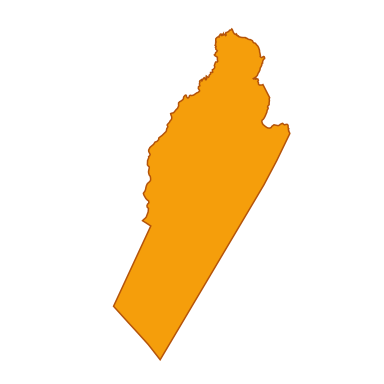 the district of Vaimauga East, Tuamasaga, Samoa, rotated 30°
{"feature_id": "51752279B75699078159302", "entity_name": "Vaimauga East", "entity_type": "district", "adm_level": 2, "iso_a3": "WSM", "parent_name": "Samoa", "parent_adm1": "Tuamasaga", "projection": "equal_earth", "projection_center": [-171.732, -13.895], "detail": "fine", "context": "isolated", "style": "filled", "palette": "amber", "viewbox_px": 384, "rotation_deg": 30, "n_neighbors": 0, "source": "geoboundaries", "source_scale": "gbopen_adm2", "svg_char_len": 3542}
<svg xmlns="http://www.w3.org/2000/svg" viewBox="0 0 384 384"><g transform="rotate(30 192 192)"><path d="M245.4,90.7L244.3,89.9L244.2,88.8L243.3,88.5L241.9,86.3L240.9,85.8L239.9,86.2L238.4,87.6L237.4,87.6L236.2,87.2L235.5,87.9L234.6,89.3L234.3,90.4L233.4,91.5L229.4,92.8L228.3,95.3L228.3,96.7L227.0,98.1L225.6,98.6L224.6,98.7L222.3,98.5L219.7,98.0L218.3,97.1L217.1,95.9L216.8,94.8L217.4,93.2L217.5,91.5L217.4,89.6L216.9,85.5L216.2,83.6L216.2,81.7L215.9,81.1L215.0,80.7L214.7,79.8L215.1,78.1L214.9,77.2L214.4,76.7L213.3,74.0L212.3,72.8L212.1,71.5L199.7,63.5L199.3,64.2L196.9,65.7L195.6,65.3L194.8,64.0L193.7,63.5L193.7,62.1L192.4,61.2L191.9,61.7L190.8,61.5L190.5,62.6L189.4,62.5L188.9,63.3L188.4,63.2L189.8,60.4L190.3,58.4L189.9,56.2L190.0,54.6L189.8,52.4L189.1,50.5L189.1,48.3L188.9,47.0L188.4,46.1L188.3,45.4L188.7,45.0L188.2,44.3L187.7,42.8L187.7,41.2L188.2,40.2L187.8,39.5L187.0,38.8L186.3,38.8L185.0,40.8L183.9,40.8L183.3,40.6L183.1,39.8L181.4,37.8L180.5,36.9L179.5,35.4L177.3,33.5L175.7,32.6L174.4,32.3L172.6,31.5L171.0,31.9L170.0,31.7L168.7,30.8L166.5,30.8L165.2,31.4L164.0,31.6L163.0,31.4L162.0,31.8L161.8,31.5L160.9,31.6L158.6,32.9L157.2,33.5L154.8,34.1L154.2,33.6L153.8,34.0L152.5,33.9L152.1,33.8L152.1,33.2L151.2,32.9L151.0,33.7L149.8,33.9L148.0,33.1L145.7,31.2L144.9,30.9L144.7,32.3L143.6,33.1L143.5,34.7L142.1,36.7L141.7,36.9L141.7,37.6L143.1,39.1L143.0,39.7L141.4,39.1L140.8,40.3L140.3,40.2L140.0,39.6L139.9,41.4L139.4,41.7L138.8,40.5L137.8,40.9L137.5,41.6L137.9,42.3L137.4,43.4L137.9,44.2L137.0,44.6L136.3,45.9L136.0,47.4L137.2,49.7L137.9,50.0L137.8,50.9L138.7,52.4L138.6,53.4L140.0,53.8L140.0,55.1L140.7,55.4L141.2,56.4L143.3,57.0L143.3,58.2L142.8,59.5L143.2,61.0L142.8,62.1L144.0,62.5L145.1,62.5L146.6,62.6L148.0,65.0L148.9,65.8L148.8,66.9L147.6,67.4L147.5,68.1L148.1,71.4L149.1,72.2L149.5,73.4L149.1,75.2L148.5,75.9L149.4,77.3L150.0,77.7L149.8,78.3L148.3,79.2L149.1,80.7L148.5,82.3L149.0,83.5L148.9,84.5L148.5,84.7L146.4,84.4L146.7,85.3L147.3,86.2L148.0,86.4L148.1,87.7L147.6,88.0L146.0,87.0L145.4,86.9L145.2,87.7L145.0,88.7L145.0,90.9L144.5,90.9L144.0,90.1L143.2,91.8L143.4,92.7L143.9,93.0L144.1,94.1L144.6,95.0L145.7,96.1L145.0,97.3L145.0,97.7L145.8,99.3L147.7,100.2L148.1,100.9L147.4,102.8L146.6,103.7L144.8,107.5L143.2,108.8L142.1,109.1L141.7,109.9L142.0,111.3L141.7,112.4L141.0,112.8L139.7,112.3L139.0,111.4L138.2,111.1L137.7,111.7L137.3,113.4L137.4,114.3L137.9,115.4L137.9,116.5L137.1,118.5L136.2,120.0L135.8,121.5L136.5,122.8L137.4,124.2L137.6,126.8L137.0,128.9L136.7,131.3L136.4,132.5L135.5,133.5L134.7,134.2L134.3,134.8L135.5,136.0L136.6,136.8L137.5,138.1L137.9,139.4L137.5,141.5L137.6,142.9L136.9,146.0L137.1,146.6L137.9,147.0L138.5,147.7L138.5,149.9L139.2,151.8L139.3,152.6L137.8,158.0L136.3,161.4L136.3,162.1L136.9,163.1L136.6,164.9L136.3,165.8L135.0,167.3L134.9,169.9L133.7,173.2L133.3,174.6L133.5,177.4L134.3,178.6L137.0,180.4L137.2,182.0L136.7,183.0L137.4,183.9L137.8,187.0L139.8,190.8L141.2,191.4L142.3,191.6L142.9,192.4L143.8,195.2L144.3,196.4L145.3,197.6L146.5,198.7L148.0,199.3L149.1,200.6L150.0,202.0L150.3,202.9L149.9,204.9L149.2,206.9L149.3,209.0L149.8,211.0L150.5,213.0L150.8,214.8L150.5,217.4L151.6,218.5L153.0,219.4L155.3,220.7L157.2,221.3L158.8,221.4L159.9,222.6L160.0,223.5L159.6,224.6L159.8,226.3L160.7,227.5L162.5,228.0L164.0,231.2L164.7,235.4L164.9,236.7L164.5,238.4L163.8,240.3L163.5,241.6L173.3,242.0L181.2,330.2L202.3,337.0L214.1,340.7L230.5,346.0L248.3,353.2L250.7,149.9L249.7,122.6L247.5,92.5L246.5,91.6L245.4,91.1L245.4,90.7Z" fill="#f59e0b" stroke="#b45309" stroke-width="1.5"/></g></svg>